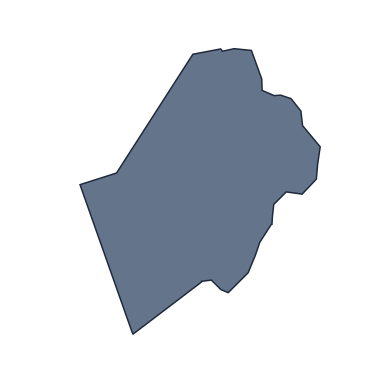 outline of Vadstena, Östergötland, Sweden, rotated 315°
{"feature_id": "70781695B1956121953089", "entity_name": "Vadstena", "entity_type": "district", "adm_level": 2, "iso_a3": "SWE", "parent_name": "Sweden", "parent_adm1": "Östergötland", "projection": "mercator", "projection_center": [14.877, 58.447], "detail": "fine", "context": "isolated", "style": "filled", "palette": "slate", "viewbox_px": 384, "rotation_deg": 315, "n_neighbors": 0, "source": "geoboundaries", "source_scale": "gbopen_adm2", "svg_char_len": 600}
<svg xmlns="http://www.w3.org/2000/svg" viewBox="0 0 384 384"><g transform="rotate(315 192 192)"><path d="M225.7,271.4L231.9,265.9L241.0,258.6L258.7,258.6L268.4,271.4L289.1,270.8L300.6,261.1L314.6,250.7L317.1,223.3L326.2,211.8L327.8,198.1L328.0,196.0L323.2,186.2L318.3,182.0L313.4,169.8L321.3,161.3L334.1,133.9L323.2,120.5L312.9,113.9L313.4,112.6L313.4,111.1L290.0,95.2L152.1,125.2L118.0,107.6L50.4,249.0L49.9,250.8L135.4,262.4L135.7,262.0L143.4,268.0L143.4,281.4L146.4,288.8L174.6,288.8L192.4,281.4L204.3,275.5L225.1,271.0L225.7,271.4Z" fill="#64748b" stroke="#1e293b" stroke-width="1.5"/></g></svg>